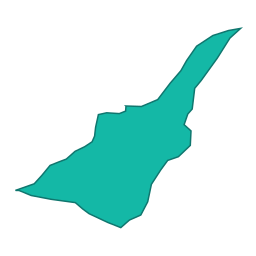 the district of Säter, Dalarna, Sweden
{"feature_id": "70781695B35872572180279", "entity_name": "Säter", "entity_type": "district", "adm_level": 2, "iso_a3": "SWE", "parent_name": "Sweden", "parent_adm1": "Dalarna", "projection": "mercator", "projection_center": [15.721, 60.435], "detail": "fine", "context": "isolated", "style": "filled", "palette": "teal", "viewbox_px": 256, "rotation_deg": 0, "n_neighbors": 0, "source": "geoboundaries", "source_scale": "gbopen_adm2", "svg_char_len": 714}
<svg xmlns="http://www.w3.org/2000/svg" viewBox="0 0 256 256"><path d="M120.8,227.6L129.5,220.0L140.8,215.0L147.7,201.8L151.4,184.3L160.8,169.8L167.7,160.4L178.4,156.7L190.3,145.4L191.0,130.9L184.1,124.7L187.8,114.0L192.2,109.0L194.7,88.3L201.0,80.7L217.3,58.1L229.9,38.1L240.6,28.4L228.6,30.5L212.9,35.5L196.6,46.2L186.6,60.6L180.9,70.7L170.2,83.2L157.7,99.6L141.4,106.5L125.9,106.0L126.0,106.1L125.6,111.1L119.3,113.6L106.6,112.8L98.4,114.6L95.6,127.3L94.6,136.1L92.1,141.8L84.7,146.7L75.1,151.3L66.3,159.1L58.9,161.9L50.1,165.4L41.6,175.7L34.2,183.8L15.4,190.4L19.1,190.5L31.2,195.5L51.1,199.3L75.3,202.6L83.0,209.2L89.1,213.7L107.9,222.5L120.8,227.6Z" fill="#14b8a6" stroke="#0f766e" stroke-width="1.5"/></svg>